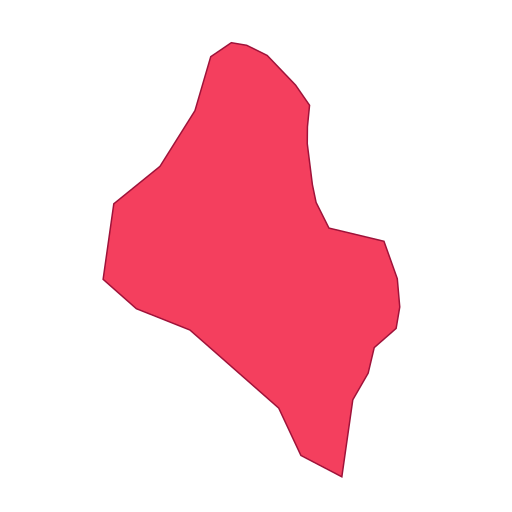 SVG path tracing the border of Sveta Ana, rotated 187°
{"feature_id": "SVN-200", "entity_name": "Sveta Ana", "entity_type": "Municipality", "adm_level": 1, "iso_a3": "SVN", "parent_name": "Slovenia", "parent_adm1": "", "projection": "orthographic", "projection_center": [15.832, 46.654], "detail": "fine", "context": "isolated", "style": "filled", "palette": "rose", "viewbox_px": 512, "rotation_deg": 187, "n_neighbors": 0, "source": "natural_earth", "source_scale": "10m", "svg_char_len": 505}
<svg xmlns="http://www.w3.org/2000/svg" viewBox="0 0 512 512"><g transform="rotate(187 256 256)"><path d="M130.8,286.2L113.0,250.7L107.1,222.9L108.1,201.2L127.5,179.5L130.4,153.4L142.4,125.1L143.9,47.3L187.1,63.5L214.9,107.8L312.6,174.5L368.3,189.1L404.9,214.2L403.5,290.5L362.2,333.3L334.3,392.8L325.2,448.3L306.5,464.7L290.9,464.0L269.3,456.4L237.5,430.4L221.2,412.1L220.7,390.5L218.8,373.7L208.7,333.6L202.9,316.5L187.0,292.6L130.8,286.2Z" fill="#f43f5e" stroke="#9f1239" stroke-width="1.5"/></g></svg>